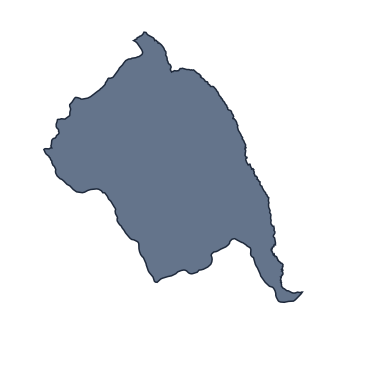 Cabrera, Cundinamarca, Colombia (Albers equal-area conic projection), rotated 315°
{"feature_id": "7082276B86545792677469", "entity_name": "Cabrera", "entity_type": "district", "adm_level": 2, "iso_a3": "COL", "parent_name": "Colombia", "parent_adm1": "Cundinamarca", "projection": "albers", "projection_center": [-74.42, 3.884], "detail": "fine", "context": "isolated", "style": "filled", "palette": "slate", "viewbox_px": 384, "rotation_deg": 315, "n_neighbors": 0, "source": "geoboundaries", "source_scale": "gbopen_adm2", "svg_char_len": 6010}
<svg xmlns="http://www.w3.org/2000/svg" viewBox="0 0 384 384"><g transform="rotate(315 192 192)"><path d="M117.3,57.2L116.1,60.3L115.7,62.0L116.1,65.8L115.6,66.6L115.8,67.5L114.9,69.3L114.8,70.9L113.5,72.4L113.3,73.5L112.7,74.2L112.7,76.7L111.7,79.6L109.7,81.2L108.9,82.5L108.0,85.3L108.1,89.3L108.9,91.1L109.1,93.6L109.0,98.2L110.0,101.3L109.8,106.3L110.5,110.3L114.0,115.0L116.0,116.2L119.4,117.2L122.1,118.6L126.8,122.4L128.0,124.1L128.8,127.1L128.4,129.5L129.6,130.6L129.7,131.2L129.1,135.3L128.0,138.1L128.1,141.1L126.5,147.4L126.1,149.6L125.8,150.2L124.1,151.2L122.6,153.2L121.5,156.9L120.8,157.9L120.1,158.0L118.7,159.5L118.0,162.1L117.7,164.1L117.9,166.0L117.2,168.2L116.9,170.9L116.1,173.9L115.5,180.5L115.7,182.7L117.1,184.8L118.3,188.4L118.4,188.9L118.1,190.4L117.3,191.5L114.3,194.7L112.8,197.0L111.5,199.9L111.1,202.7L111.3,203.6L111.0,204.7L108.8,210.3L108.1,211.2L105.4,216.7L104.9,218.5L104.3,224.6L102.3,228.5L102.4,229.8L103.5,231.2L108.2,231.4L110.0,232.0L115.1,234.7L118.3,236.8L122.7,238.3L125.5,238.4L128.9,239.9L131.1,241.4L131.7,242.2L132.4,243.8L132.4,246.8L133.0,248.4L133.8,249.5L134.7,250.2L139.0,252.4L141.8,252.2L143.2,253.4L145.5,254.7L150.1,256.2L154.1,256.4L156.6,255.4L158.6,253.9L159.7,252.5L160.7,250.4L161.9,249.7L162.9,249.7L164.9,249.8L166.9,251.2L168.6,251.9L171.8,252.7L177.1,254.7L179.7,255.0L182.0,254.9L183.8,253.8L185.8,253.7L186.9,253.7L188.9,254.9L189.4,255.7L190.0,258.1L191.5,262.8L192.1,263.8L192.8,267.5L192.8,269.2L193.7,272.6L192.9,274.4L189.7,277.2L188.8,278.6L188.7,280.4L189.1,281.8L185.7,287.9L184.9,290.3L184.7,291.7L182.3,298.0L181.2,300.0L179.9,307.7L180.1,313.4L181.7,316.4L181.6,318.0L180.8,320.7L179.6,322.8L178.1,324.4L177.2,326.1L176.1,329.7L176.1,330.8L176.8,332.4L179.2,335.2L183.0,337.7L186.6,340.9L188.8,341.3L196.8,341.2L199.3,340.8L198.7,340.2L197.5,339.8L195.8,337.4L193.4,336.3L192.1,335.0L191.4,333.7L190.3,330.1L189.2,328.7L188.9,325.9L188.3,324.3L188.6,323.5L188.5,322.1L189.8,320.8L190.5,319.6L191.3,319.2L191.1,318.6L191.3,318.6L191.3,318.3L191.6,318.3L192.2,317.8L192.4,317.3L192.2,316.9L194.3,315.6L194.5,314.9L194.9,315.3L195.4,314.8L196.4,314.7L196.6,314.3L197.4,314.6L198.4,314.3L199.4,312.9L199.5,312.3L199.9,311.9L199.7,311.5L200.6,311.6L200.5,310.0L200.8,310.0L201.2,310.5L201.3,310.0L201.7,310.0L202.9,309.2L203.0,308.8L203.9,308.8L204.2,308.2L205.0,307.7L205.1,305.7L204.5,305.1L204.7,303.3L204.3,302.4L205.0,300.8L204.6,301.2L204.4,301.0L205.2,299.6L205.4,298.6L205.8,298.4L206.0,297.4L205.8,296.9L205.1,296.4L205.5,295.9L205.3,295.0L205.8,294.5L205.1,294.6L205.0,293.8L205.2,293.6L205.8,293.5L206.0,291.6L206.5,291.2L206.5,289.9L207.0,289.8L206.9,289.0L207.8,288.4L208.5,289.0L209.6,287.9L211.3,288.5L212.3,287.5L212.7,287.5L213.6,288.4L214.2,287.6L214.3,287.7L215.0,287.1L217.9,282.9L217.9,281.4L218.1,280.9L219.1,280.2L220.8,279.9L221.6,279.6L222.5,278.7L222.9,276.9L223.9,276.4L225.1,274.8L225.6,274.0L225.0,273.5L224.8,272.9L225.2,271.6L225.1,271.0L225.9,269.5L228.0,267.9L228.7,266.5L230.4,264.9L231.1,264.5L232.0,263.4L232.3,261.5L234.1,260.3L235.5,256.9L237.7,254.5L238.7,254.2L239.7,252.3L242.3,250.2L242.1,249.0L242.3,248.1L242.9,247.2L242.8,245.7L243.5,244.5L243.7,242.0L244.7,238.7L245.5,237.4L245.1,236.1L245.4,234.7L247.3,232.9L246.9,231.7L247.4,230.4L247.0,229.0L248.0,228.5L248.5,227.7L248.5,226.0L247.9,225.4L247.9,225.1L248.8,223.7L248.9,222.6L250.1,222.0L250.5,220.4L251.5,219.9L251.3,219.4L251.6,218.7L250.4,218.0L251.0,217.6L251.0,216.6L251.7,215.0L252.7,213.4L252.5,213.1L251.1,212.8L250.8,212.3L251.3,211.3L251.6,209.6L252.3,208.5L252.5,207.6L253.2,206.8L253.9,206.5L254.9,206.8L255.4,206.4L254.9,205.3L255.5,203.4L256.7,202.7L257.1,202.0L258.0,201.7L259.4,200.5L259.8,198.9L260.5,198.7L261.2,199.0L261.6,198.8L261.7,198.3L261.5,197.8L262.9,196.9L263.4,196.3L263.7,194.9L264.9,192.1L265.1,189.9L266.1,189.5L266.3,189.1L266.5,187.3L267.2,185.9L268.4,181.1L270.1,178.2L271.5,177.3L271.6,176.2L272.8,174.3L273.5,172.0L273.4,170.5L273.6,170.1L272.8,169.0L273.0,168.7L274.7,168.2L275.0,167.7L275.7,166.1L275.7,164.9L276.9,162.7L276.8,161.4L275.9,159.8L275.8,158.7L276.9,157.5L276.8,156.7L277.8,155.1L277.6,154.2L278.0,152.4L278.4,151.7L278.5,150.1L278.4,149.2L279.1,147.9L279.1,147.1L278.8,146.6L279.4,145.8L279.5,142.9L281.0,139.5L280.9,138.4L281.5,136.4L281.7,132.7L281.0,131.7L279.8,130.6L280.2,128.6L279.7,127.2L280.6,125.7L280.8,125.0L279.6,123.2L280.0,122.0L280.1,120.0L279.4,117.4L279.4,116.6L280.3,116.5L280.5,114.0L279.7,111.5L279.5,107.0L279.3,106.6L278.4,106.1L277.9,105.1L277.2,104.8L276.5,103.3L274.9,101.7L272.7,97.7L271.7,97.2L270.9,96.3L268.4,96.7L266.6,95.4L265.4,93.8L264.9,93.6L263.7,93.4L263.2,92.8L262.4,92.7L262.9,90.7L263.4,90.3L263.5,89.8L265.2,89.2L266.0,88.3L266.6,86.2L266.2,85.1L266.3,84.2L267.3,82.5L267.7,81.1L268.5,80.4L269.6,78.9L270.2,76.5L271.3,75.9L272.7,74.3L272.9,72.3L273.7,70.7L274.0,69.5L274.4,66.4L274.2,63.5L273.5,63.1L273.3,62.6L274.0,61.9L273.7,60.7L273.9,59.7L273.6,58.9L272.7,58.6L273.5,57.0L273.7,55.8L271.9,49.8L271.9,48.4L272.3,46.7L271.1,45.0L268.8,45.7L267.1,45.7L265.5,45.2L265.0,44.8L263.9,44.9L262.4,44.1L261.2,44.8L259.6,44.0L258.5,44.0L257.8,43.7L258.4,45.7L258.5,48.0L257.0,55.9L256.0,58.2L254.9,59.0L253.8,59.4L250.3,58.8L249.3,58.1L247.1,57.2L244.1,54.9L243.0,54.7L241.1,53.1L238.0,52.2L234.4,52.6L232.9,53.0L228.4,53.0L226.2,53.7L217.7,55.0L216.8,54.9L214.8,53.9L213.4,52.5L212.4,52.5L211.0,53.1L208.1,53.6L206.7,54.5L205.0,54.6L201.6,54.6L200.4,54.3L199.1,54.5L196.5,54.0L187.8,52.9L184.7,51.9L179.9,48.6L179.2,47.8L179.1,46.8L177.9,44.5L176.8,43.0L176.3,42.7L175.0,42.7L170.8,43.6L167.4,43.7L166.3,44.7L165.1,47.2L164.3,48.0L162.2,49.1L160.0,51.2L159.4,51.5L153.7,50.6L151.3,47.7L150.0,47.2L148.5,45.8L148.0,45.7L146.4,46.8L143.9,48.0L142.1,49.9L141.7,51.4L141.8,53.2L141.4,54.0L140.5,54.7L140.3,55.5L139.8,56.2L138.6,56.6L136.1,56.3L134.6,57.0L133.5,57.1L131.7,56.1L130.1,56.1L129.1,56.5L126.1,59.0L124.8,59.6L124.0,61.6L123.4,60.9L121.4,60.4L119.1,57.8L118.3,57.3L117.3,57.2Z" fill="#64748b" stroke="#1e293b" stroke-width="1.5"/></g></svg>